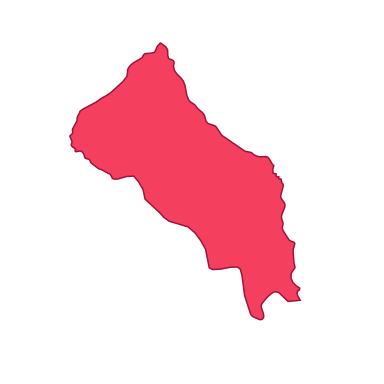 SVG path tracing the border of Lusaka, rotated 242°
{"feature_id": "ZMB-520", "entity_name": "Lusaka", "entity_type": "Province", "adm_level": 1, "iso_a3": "ZMB", "parent_name": "Zambia", "parent_adm1": "", "projection": "natural_earth1", "projection_center": [29.259, -15.303], "detail": "fine", "context": "isolated", "style": "filled", "palette": "rose", "viewbox_px": 384, "rotation_deg": 242, "n_neighbors": 0, "source": "natural_earth", "source_scale": "10m", "svg_char_len": 2957}
<svg xmlns="http://www.w3.org/2000/svg" viewBox="0 0 384 384"><g transform="rotate(242 192 192)"><path d="M294.0,236.4L289.3,235.8L279.8,232.8L274.9,232.3L272.4,232.9L267.9,235.3L263.1,236.2L256.8,238.6L254.1,239.0L251.9,238.6L249.7,238.0L247.4,237.6L244.8,238.4L240.7,242.4L238.7,243.8L229.2,244.8L227.5,245.2L203.2,257.9L199.3,262.6L198.3,263.3L196.1,264.0L193.9,265.5L192.2,267.2L191.1,268.6L188.7,273.7L187.3,275.2L184.7,275.8L179.7,275.9L177.3,276.4L176.8,276.6L175.2,275.0L172.8,273.2L170.3,272.6L168.4,274.8L167.2,274.0L166.0,273.9L165.1,274.5L164.7,275.8L163.4,274.9L162.6,275.3L162.2,276.1L161.6,276.6L160.6,276.4L158.9,275.9L158.2,275.8L156.2,276.0L155.6,275.9L154.5,275.4L147.1,268.6L145.6,267.9L143.4,267.8L139.0,268.5L136.8,268.0L134.9,266.6L130.1,261.0L128.3,259.4L126.6,258.7L122.5,258.0L121.1,257.4L119.0,255.7L117.7,254.8L115.6,254.3L104.6,255.1L102.8,255.8L99.6,258.5L98.5,258.7L97.4,257.9L94.0,254.6L92.1,253.4L81.3,248.6L78.9,248.2L76.9,247.4L75.8,245.6L74.7,243.3L73.2,241.1L69.2,238.9L64.7,238.7L60.3,239.9L56.6,242.0L55.6,241.4L55.0,240.6L54.8,239.7L55.0,238.6L52.9,237.1L50.4,236.6L45.6,236.7L50.3,225.4L62.0,221.6L64.0,219.8L65.0,218.3L65.2,217.6L65.2,216.9L65.2,215.6L64.9,213.4L63.3,207.6L60.5,201.2L59.0,199.7L57.4,199.0L51.5,198.0L48.9,197.2L47.4,196.1L46.7,194.3L46.9,192.9L47.9,191.5L53.4,187.2L54.4,186.8L55.8,186.5L57.2,186.5L76.1,189.9L94.7,196.9L101.0,198.4L104.4,197.0L107.4,191.0L110.2,181.8L113.8,173.8L116.9,171.6L135.1,177.1L144.7,176.9L154.4,175.5L163.1,172.1L176.8,158.2L182.8,155.2L188.4,153.9L207.8,147.2L217.0,149.9L226.1,149.6L233.4,148.0L236.4,141.6L237.6,136.1L238.1,133.3L238.7,131.6L240.2,129.0L241.2,128.3L242.0,128.0L242.6,128.2L246.2,128.1L246.8,127.7L247.7,126.8L254.2,122.6L255.1,121.8L255.9,120.9L256.4,120.4L265.2,116.5L265.8,116.4L268.2,116.7L268.8,116.5L269.4,116.1L271.5,114.0L272.3,113.6L273.0,113.5L274.8,114.0L275.7,114.2L276.8,114.2L278.5,114.0L279.4,113.6L280.1,113.2L280.5,112.7L280.8,112.2L281.1,111.5L281.8,109.1L282.4,108.1L283.0,108.0L283.4,108.3L283.8,108.8L284.5,109.2L285.5,108.7L286.6,108.6L287.6,107.8L288.4,107.5L289.1,107.4L289.8,107.4L290.4,107.5L290.9,107.9L292.0,109.2L293.0,109.8L298.6,110.3L299.0,111.1L299.4,112.8L299.8,113.8L300.5,114.6L303.1,115.7L303.6,116.1L304.0,116.6L308.4,123.2L309.0,123.9L309.6,124.4L311.2,125.3L312.1,126.1L313.2,127.5L314.1,129.1L315.3,130.5L315.8,130.9L316.4,134.8L316.4,150.2L316.6,150.4L316.6,150.5L316.5,151.3L317.3,155.2L317.3,160.9L317.8,166.5L321.9,182.7L324.7,188.9L328.3,191.5L329.8,192.2L331.2,193.9L332.4,196.2L333.1,198.6L333.6,201.3L333.9,209.7L334.2,211.2L335.9,213.7L336.2,215.0L335.9,216.3L333.9,220.8L333.1,223.6L333.4,225.4L336.5,229.2L337.1,230.2L338.4,234.0L338.1,234.3L336.6,235.1L332.2,237.1L329.0,237.2L325.5,235.5L323.7,234.6L321.0,234.1L320.0,234.6L318.3,236.2L317.5,236.8L315.7,237.3L314.4,236.8L311.6,234.6L307.2,233.5L302.8,234.2L298.4,235.6L294.0,236.4Z" fill="#f43f5e" stroke="#9f1239" stroke-width="1.5"/></g></svg>